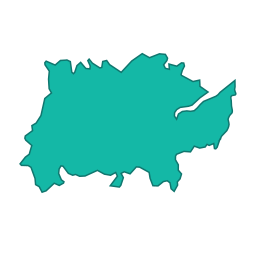 the Administrative County of Gloucestershire, rotated 191°
{"feature_id": "GBR-2039", "entity_name": "Gloucestershire", "entity_type": "Administrative County", "adm_level": 1, "iso_a3": "GBR", "parent_name": "United Kingdom", "parent_adm1": "", "projection": "albers", "projection_center": [-2.218, 51.841], "detail": "fine", "context": "isolated", "style": "filled", "palette": "teal", "viewbox_px": 256, "rotation_deg": 191, "n_neighbors": 0, "source": "natural_earth", "source_scale": "10m", "svg_char_len": 2204}
<svg xmlns="http://www.w3.org/2000/svg" viewBox="0 0 256 256"><g transform="rotate(191 128 128)"><path d="M32.1,195.1L30.8,188.9L30.7,186.1L29.8,184.1L28.8,182.6L28.7,181.6L29.1,180.9L32.1,179.7L32.9,178.6L32.9,177.6L32.5,176.2L31.9,174.6L30.6,169.3L29.0,165.3L28.7,163.7L28.9,162.5L30.1,160.6L30.7,159.4L31.3,157.1L31.4,155.5L30.2,152.8L29.5,150.8L29.5,148.6L29.8,146.8L30.5,144.3L34.5,138.0L35.8,133.8L35.6,133.9L35.7,133.7L35.8,133.7L36.8,126.2L37.9,124.3L39.2,124.3L40.9,129.1L45.0,126.4L47.3,127.0L48.6,124.1L53.8,122.0L59.5,122.8L62.1,116.5L68.7,115.7L75.3,111.5L76.0,109.5L75.4,105.9L71.6,101.5L70.6,96.2L66.7,93.1L67.2,88.0L69.3,84.5L68.4,81.4L70.6,74.6L74.1,76.6L76.3,82.2L79.4,83.7L83.0,82.2L87.5,76.9L90.7,76.4L92.5,76.1L96.7,82.8L98.8,88.5L109.1,91.8L112.4,91.4L117.2,83.4L123.4,84.3L126.1,82.1L123.1,78.4L124.1,70.4L125.2,68.4L134.4,67.9L129.2,78.7L131.6,82.0L136.1,78.3L142.4,78.2L149.9,80.6L161.0,72.7L166.3,71.4L170.6,72.4L173.3,71.1L177.9,72.1L184.5,78.1L186.6,78.0L187.8,74.6L187.4,70.1L183.5,64.4L180.6,63.0L180.8,61.6L184.5,58.5L189.9,59.7L196.4,50.7L200.1,48.6L204.0,53.5L207.9,54.8L209.6,60.7L215.7,70.9L218.8,72.1L225.5,71.0L227.1,72.2L223.2,79.8L219.9,83.4L219.8,85.0L219.1,92.5L226.1,96.6L227.3,98.3L227.3,100.6L221.2,107.2L222.8,112.0L219.1,115.3L215.8,123.6L215.3,141.1L209.8,147.8L212.9,151.5L215.3,160.8L216.1,168.8L221.5,174.2L222.1,176.2L221.1,178.0L214.8,176.6L211.5,175.9L207.2,181.4L202.5,182.6L200.9,183.1L197.3,182.2L193.8,172.0L191.9,170.9L190.9,172.6L190.0,179.5L187.0,183.4L180.8,178.4L176.7,178.7L176.9,181.7L180.3,186.5L179.3,188.2L175.4,184.9L167.1,181.6L165.3,182.4L165.5,188.5L161.8,190.2L158.2,186.7L145.3,181.3L137.1,194.5L128.2,203.7L120.3,201.1L111.3,206.8L105.4,207.4L102.5,204.1L102.7,201.6L105.1,196.8L102.7,193.7L98.6,193.5L100.0,198.6L91.9,198.0L88.0,202.1L85.7,202.4L84.4,199.6L85.7,195.0L86.1,190.5L85.4,189.8L73.1,186.0L66.8,188.7L65.3,182.6L57.0,178.9L56.3,178.6L63.1,171.4L69.5,162.7L72.7,160.9L80.7,158.2L83.7,155.4L85.2,152.0L84.7,148.6L82.0,145.9L81.1,151.4L77.8,154.6L73.5,156.0L69.8,156.3L66.3,157.6L63.8,160.9L61.5,164.9L58.9,168.5L47.8,175.9L46.0,177.8L44.3,180.7L32.1,195.1Z" fill="#14b8a6" stroke="#0f766e" stroke-width="1.5"/></g></svg>